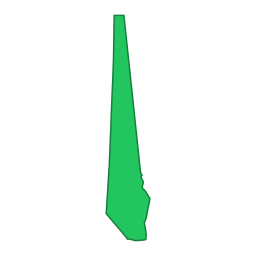 outline of Al Buhaira, River Nile, Sudan
{"feature_id": "16777658B74414599531320", "entity_name": "Al Buhaira", "entity_type": "district", "adm_level": 2, "iso_a3": "SDN", "parent_name": "Sudan", "parent_adm1": "River Nile", "projection": "natural_earth1", "projection_center": [32.571, 20.233], "detail": "fine", "context": "isolated", "style": "filled", "palette": "green", "viewbox_px": 256, "rotation_deg": 0, "n_neighbors": 0, "source": "geoboundaries", "source_scale": "gbopen_adm2", "svg_char_len": 1293}
<svg xmlns="http://www.w3.org/2000/svg" viewBox="0 0 256 256"><path d="M123.9,15.4L120.0,15.4L115.2,15.4L114.7,15.4L114.2,15.4L114.2,15.5L114.2,16.5L114.1,20.6L114.1,21.1L114.1,21.3L114.0,24.8L113.9,34.0L113.9,34.8L113.7,45.5L113.5,57.4L113.5,58.0L113.5,58.9L113.5,59.6L113.4,61.4L112.7,81.1L112.4,86.9L112.0,96.6L111.4,112.3L111.2,116.3L111.0,122.2L110.9,125.7L110.7,131.1L110.6,131.8L109.9,150.1L109.7,154.5L109.5,159.8L109.3,163.1L109.3,165.4L109.3,165.8L109.3,166.2L109.1,167.9L108.7,173.2L107.5,193.4L107.3,196.4L107.2,197.9L107.1,199.3L107.0,200.8L106.3,212.1L106.2,212.4L106.2,213.5L107.0,214.6L108.2,216.0L110.2,218.4L111.2,219.5L112.0,220.5L112.5,221.1L112.9,221.6L113.2,221.9L114.4,223.3L116.2,225.4L117.4,226.8L120.9,230.9L125.4,236.3L126.3,237.4L126.9,238.1L127.4,238.7L127.4,239.1L128.2,239.1L129.9,239.2L134.1,240.3L135.6,240.6L142.3,240.2L145.3,239.7L145.8,239.6L145.9,238.4L146.2,235.7L145.8,230.8L145.2,227.9L144.5,224.1L144.4,222.5L146.3,217.7L147.0,213.7L147.1,212.7L148.9,204.0L149.6,200.8L149.6,200.2L149.8,198.2L148.6,196.6L146.3,192.5L144.6,190.2L142.9,188.7L142.2,186.9L143.2,183.1L143.2,181.5L141.0,177.3L141.5,175.8L142.1,175.3L140.8,173.3L140.2,169.4L132.5,96.4L130.8,80.4L124.0,16.5L123.9,15.5L123.9,15.4Z" fill="#22c55e" stroke="#15803d" stroke-width="1.5"/></svg>